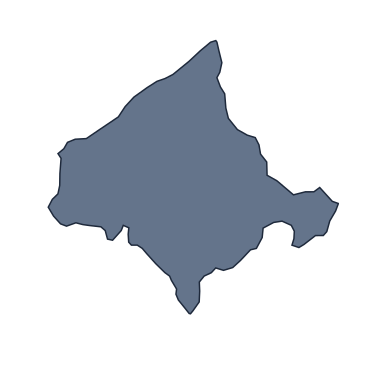 outline of Vetlanda, Jönköping, Sweden, rotated 48°
{"feature_id": "70781695B55162633112415", "entity_name": "Vetlanda", "entity_type": "district", "adm_level": 2, "iso_a3": "SWE", "parent_name": "Sweden", "parent_adm1": "Jönköping", "projection": "orthographic", "projection_center": [15.247, 57.391], "detail": "fine", "context": "isolated", "style": "filled", "palette": "slate", "viewbox_px": 384, "rotation_deg": 48, "n_neighbors": 0, "source": "geoboundaries", "source_scale": "gbopen_adm2", "svg_char_len": 1419}
<svg xmlns="http://www.w3.org/2000/svg" viewBox="0 0 384 384"><g transform="rotate(48 192 192)"><path d="M281.5,274.6L280.9,270.7L278.5,260.2L270.8,252.6L263.8,246.8L262.6,239.2L264.9,231.6L264.3,225.2L271.3,221.0L275.4,212.3L275.3,201.7L274.1,187.2L277.0,181.9L272.8,170.3L266.4,163.3L269.3,151.6L273.9,144.6L283.2,140.5L289.6,142.2L294.9,147.5L298.4,153.3L304.8,149.7L305.9,143.9L307.0,129.4L312.2,123.5L311.6,118.3L305.7,109.0L302.2,98.0L298.6,91.1L298.9,90.7L292.8,94.0L274.1,94.1L273.4,101.3L267.7,107.7L262.0,118.5L240.5,121.4L229.8,125.0L219.7,116.4L209.7,115.7L201.8,110.7L193.9,108.6L186.7,112.9L176.0,116.5L161.6,115.7L152.3,110.7L140.9,102.0L133.0,100.6L123.7,97.0L121.6,91.2L115.9,83.3L105.2,77.6L97.3,73.2L95.4,73.0L93.1,78.0L92.6,91.3L92.9,106.9L92.4,117.0L91.9,127.5L89.6,136.2L86.3,144.0L84.4,155.5L82.6,171.7L83.8,184.5L86.9,196.5L83.6,220.0L81.6,234.8L74.6,243.5L71.8,251.3L74.1,258.3L73.8,265.9L79.4,266.8L89.8,277.7L98.6,285.9L103.7,292.9L104.0,300.7L107.1,309.0L117.3,311.0L127.7,311.0L133.4,308.1L137.2,298.9L143.2,294.9L148.2,290.7L155.1,284.6L156.9,283.0L162.6,282.3L170.5,286.3L174.7,283.3L173.3,270.4L170.8,265.4L176.3,262.9L180.7,267.7L186.9,272.6L190.9,272.6L194.9,268.2L200.6,266.7L207.5,266.9L220.9,266.9L233.8,266.1L239.5,264.9L243.8,266.4L253.8,268.4L257.2,272.3L263.1,274.4L274.2,275.0L280.4,275.4L281.5,274.6L281.5,274.6Z" fill="#64748b" stroke="#1e293b" stroke-width="1.5"/></g></svg>